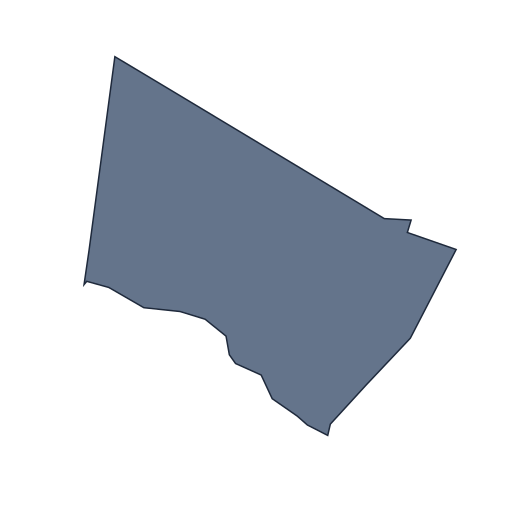 Columbia, New York, United States of America, rotated 286°
{"feature_id": "52423323B79096114646112", "entity_name": "Columbia", "entity_type": "district", "adm_level": 2, "iso_a3": "USA", "parent_name": "United States of America", "parent_adm1": "New York", "projection": "albers", "projection_center": [-73.71, 42.244], "detail": "fine", "context": "isolated", "style": "filled", "palette": "slate", "viewbox_px": 512, "rotation_deg": 286, "n_neighbors": 0, "source": "geoboundaries", "source_scale": "gbopen_adm2", "svg_char_len": 479}
<svg xmlns="http://www.w3.org/2000/svg" viewBox="0 0 512 512"><g transform="rotate(286 256 256)"><path d="M408.7,65.4L215.8,93.9L181.1,98.6L185.0,100.3L185.2,123.1L175.4,162.4L181.7,198.3L181.2,224.5L170.7,249.3L153.7,257.6L147.0,266.0L143.0,293.8L123.3,310.9L113.5,339.7L107.7,352.0L103.3,374.4L114.9,373.8L162.3,397.4L219.5,427.0L317.4,446.6L320.3,395.0L333.3,395.2L327.3,369.0L344.2,306.2L392.6,125.9L408.7,65.4Z" fill="#64748b" stroke="#1e293b" stroke-width="1.5"/></g></svg>